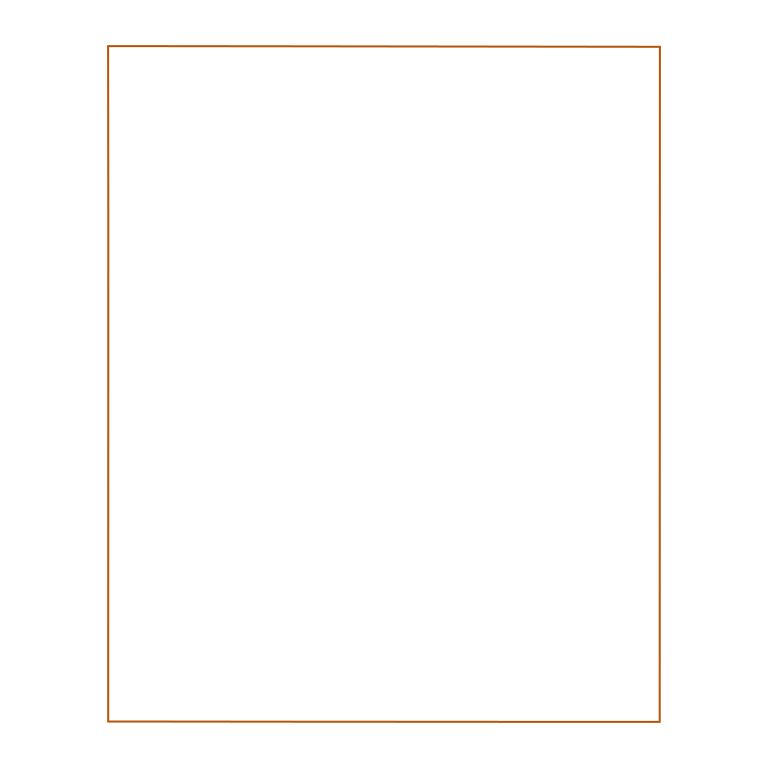 outline of Stanton, Nebraska, United States of America
{"feature_id": "52423323B97836650916627", "entity_name": "Stanton", "entity_type": "district", "adm_level": 2, "iso_a3": "USA", "parent_name": "United States of America", "parent_adm1": "Nebraska", "projection": "robinson", "projection_center": [-97.231, 41.917], "detail": "fine", "context": "isolated", "style": "outline", "palette": "amber", "viewbox_px": 768, "rotation_deg": 0, "n_neighbors": 0, "source": "geoboundaries", "source_scale": "gbopen_adm2", "svg_char_len": 231}
<svg xmlns="http://www.w3.org/2000/svg" viewBox="0 0 768 768"><path d="M108.1,46.1L108.3,215.0L108.2,721.5L291.4,721.7L598.5,721.9L659.7,721.9L659.9,46.8L291.4,46.3L108.1,46.1Z" fill="none" stroke="#b45309" stroke-width="2"/></svg>